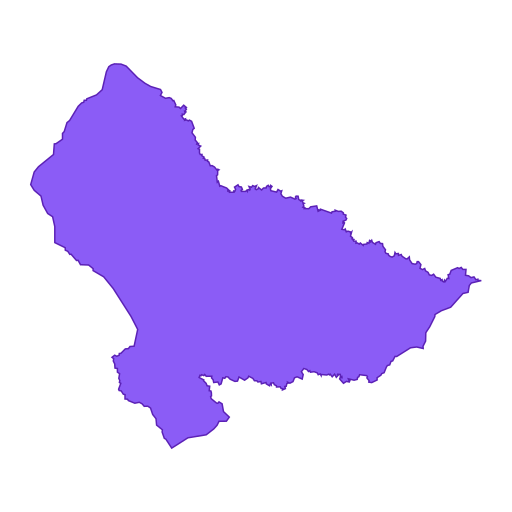 Chai Wan, Udon Thani, Thailand
{"feature_id": "78962969B11605835659379", "entity_name": "Chai Wan", "entity_type": "district", "adm_level": 2, "iso_a3": "THA", "parent_name": "Thailand", "parent_adm1": "Udon Thani", "projection": "orthographic", "projection_center": [103.294, 17.228], "detail": "fine", "context": "isolated", "style": "filled", "palette": "violet", "viewbox_px": 512, "rotation_deg": 0, "n_neighbors": 0, "source": "geoboundaries", "source_scale": "gbopen_adm2", "svg_char_len": 6066}
<svg xmlns="http://www.w3.org/2000/svg" viewBox="0 0 512 512"><path d="M186.3,107.4L183.7,105.2L180.5,108.5L179.0,107.1L175.2,106.8L175.8,104.9L173.8,100.5L173.0,100.8L171.2,98.4L169.2,97.6L165.5,98.3L160.4,95.5L162.0,92.4L160.5,89.5L150.7,86.5L145.0,83.3L137.5,77.7L126.2,66.1L121.0,64.1L114.4,63.9L111.2,65.0L108.8,66.7L106.4,71.7L102.2,89.7L96.5,94.9L86.8,98.8L86.4,100.3L84.2,100.3L83.7,102.3L81.7,102.9L78.2,106.3L69.6,120.5L67.0,122.6L64.2,131.6L62.5,133.4L62.5,139.2L56.0,143.7L54.3,143.9L53.5,154.5L38.5,166.7L34.2,172.0L30.7,184.6L34.2,190.3L41.0,196.1L43.1,205.2L47.7,213.5L52.6,216.7L54.8,226.6L54.8,242.6L65.2,247.7L65.3,250.2L67.8,251.3L69.8,254.4L71.1,254.2L76.5,260.5L78.1,260.3L80.5,264.7L88.6,265.0L93.1,268.6L93.1,270.6L103.7,276.8L113.2,288.5L131.0,316.4L137.7,329.4L134.1,346.2L130.0,346.5L128.4,348.6L125.3,348.9L120.8,353.4L119.3,353.5L119.2,355.2L116.8,356.3L114.7,355.2L112.0,357.3L113.7,358.7L113.3,361.0L114.7,363.9L115.0,368.1L117.4,368.5L117.4,372.1L119.6,373.7L118.8,378.4L119.8,380.5L119.4,382.5L120.8,383.3L118.6,389.2L119.1,390.5L121.2,390.9L123.3,394.2L125.0,394.6L125.0,399.0L127.5,399.2L128.4,400.6L134.8,403.2L139.3,402.3L142.1,403.8L144.2,406.3L147.8,406.2L150.5,408.0L152.7,414.5L156.0,418.7L156.6,425.1L162.4,429.8L162.1,432.0L164.3,438.3L165.9,439.2L171.7,448.1L187.9,437.8L206.2,434.8L213.8,428.9L217.1,425.2L219.0,421.3L226.4,421.2L229.3,417.1L223.5,411.6L222.1,403.8L219.0,401.9L217.8,403.3L216.6,403.1L211.2,398.7L210.6,396.6L211.5,395.9L211.4,392.8L210.9,391.0L209.2,390.7L209.7,386.2L207.1,385.8L206.1,383.3L203.5,380.7L203.8,379.9L199.1,377.5L200.0,375.3L200.9,375.8L201.6,374.7L203.8,375.6L204.7,374.5L206.2,376.3L211.8,376.2L211.5,377.9L213.1,379.7L213.7,382.5L217.9,382.0L219.3,384.9L221.1,383.9L222.8,377.8L224.8,378.3L225.9,376.7L227.9,376.9L230.1,379.2L234.9,381.4L237.5,381.1L239.0,377.0L244.6,380.2L247.9,377.9L248.7,376.2L252.9,378.4L254.4,380.7L256.9,380.8L257.9,382.0L260.9,381.5L261.4,383.8L266.0,382.5L266.3,383.9L269.6,385.8L270.5,383.7L271.2,384.6L271.1,383.1L273.5,382.8L274.3,384.7L276.4,385.7L276.5,387.0L280.2,386.8L281.1,388.5L282.7,388.7L282.5,389.9L285.4,388.6L284.8,386.5L286.2,386.3L286.9,383.4L288.3,383.1L287.9,382.3L289.9,383.2L293.0,381.6L294.5,377.8L297.1,376.8L302.2,379.1L303.2,374.6L301.4,371.7L303.8,368.5L306.9,369.5L308.5,371.5L309.8,370.7L310.4,372.2L314.1,371.7L317.3,372.9L318.2,374.7L320.2,373.9L321.1,375.5L321.2,374.5L326.8,375.0L328.6,374.2L329.6,374.9L330.2,374.2L332.2,376.8L334.6,374.2L336.3,377.3L338.4,375.0L337.0,374.2L340.3,374.4L340.3,376.6L341.8,376.3L342.0,377.7L340.2,377.5L339.6,378.9L343.5,383.3L346.4,381.4L349.3,382.0L349.9,380.5L349.0,380.6L348.3,378.8L354.1,380.2L357.2,379.4L357.6,377.4L358.9,376.7L359.6,374.7L366.7,375.6L367.5,376.8L366.9,377.9L369.1,380.7L368.8,382.1L371.7,382.6L377.1,380.0L377.1,377.7L380.9,375.2L381.7,373.6L384.1,372.7L386.4,367.0L387.4,365.5L389.7,364.9L391.0,361.4L392.7,360.9L395.0,356.4L396.7,356.5L410.5,347.8L416.7,347.0L423.2,348.5L423.0,346.3L425.6,341.1L425.8,332.7L429.7,326.8L434.8,316.6L435.0,314.5L441.4,310.7L450.7,307.2L462.9,293.5L468.1,292.3L469.3,285.5L471.3,283.0L481.3,280.6L478.0,280.4L477.9,279.2L475.9,279.7L474.0,276.9L471.0,277.6L468.6,275.8L465.5,275.3L466.0,269.4L462.8,269.4L461.2,267.4L459.1,268.5L457.6,267.7L451.2,270.4L449.7,274.3L448.1,274.7L448.8,278.5L447.3,278.3L445.3,281.4L444.5,280.2L444.0,282.0L442.3,281.2L442.1,279.6L440.7,280.3L440.2,278.4L435.8,277.2L433.6,274.2L431.7,275.4L429.3,274.9L428.1,272.4L425.5,270.8L424.7,268.5L422.5,269.6L420.0,268.3L420.9,264.6L418.5,261.6L417.2,261.6L416.7,263.5L415.3,264.2L412.1,263.6L409.6,259.9L409.3,256.9L407.1,258.9L405.8,258.8L402.0,256.2L401.2,254.5L398.5,255.4L398.4,253.5L395.8,253.8L395.0,252.5L394.3,255.8L392.1,257.1L390.3,256.5L388.6,255.3L388.3,253.9L385.9,253.3L385.0,251.6L385.5,249.8L382.9,246.3L382.5,243.6L380.3,243.4L379.1,241.6L376.0,242.7L375.5,244.3L372.4,242.4L371.7,240.3L370.0,242.6L370.4,240.8L369.6,240.4L368.9,243.3L367.2,242.6L366.9,244.0L363.5,244.4L363.2,245.4L360.3,243.0L359.3,244.1L357.2,242.9L356.0,243.2L356.1,241.2L353.7,241.1L353.1,240.0L353.8,239.4L352.0,238.8L352.4,237.6L350.5,236.2L351.6,232.0L350.6,233.0L350.4,231.9L348.2,231.2L346.6,231.4L346.5,232.4L345.2,229.0L344.4,229.8L341.8,229.3L344.5,222.9L343.8,222.1L343.0,222.7L343.1,221.2L345.9,220.1L346.7,218.5L345.5,217.2L346.0,215.1L343.3,214.1L343.3,212.8L341.2,211.2L338.3,211.4L335.2,210.2L335.4,211.2L332.0,211.8L331.5,213.1L320.5,209.2L320.4,210.2L318.6,209.8L319.2,210.7L318.1,211.3L316.7,205.9L310.7,206.8L308.8,208.7L304.4,208.6L304.9,207.9L302.9,207.2L303.9,206.2L303.2,203.9L304.2,203.3L302.9,202.8L302.3,200.7L303.0,200.3L301.1,200.0L300.8,201.0L298.7,199.4L298.1,196.2L296.1,196.1L295.4,197.1L296.1,198.6L294.9,199.1L290.5,197.1L285.7,198.2L282.3,196.2L280.9,193.7L281.7,190.8L280.7,191.2L278.0,189.5L276.6,192.1L270.8,190.7L270.4,188.7L272.0,186.4L270.6,185.4L270.4,186.7L269.1,186.7L268.2,185.3L266.5,186.4L266.2,187.9L263.5,188.0L261.6,190.0L258.5,187.5L258.4,188.6L256.3,189.7L255.2,188.9L256.5,185.6L254.6,186.5L252.7,185.6L251.5,187.2L249.0,186.5L250.2,189.1L249.7,190.1L248.6,189.5L247.6,189.9L247.4,191.3L246.7,190.3L245.6,191.4L241.4,191.4L241.1,190.4L242.4,189.4L241.4,187.0L239.0,186.6L238.0,184.8L234.5,187.1L235.6,189.3L234.8,191.2L233.8,191.0L234.0,192.2L229.5,192.3L229.8,191.0L227.9,191.2L227.8,190.0L228.7,190.0L226.6,188.0L220.8,185.7L219.8,186.2L218.4,181.2L217.3,182.2L216.5,175.7L217.6,174.8L217.7,170.5L218.9,169.8L217.8,169.2L217.0,170.1L214.5,167.0L212.1,165.6L210.3,165.8L208.8,161.9L207.5,161.3L207.6,160.0L205.2,160.2L204.7,158.5L203.4,158.3L204.0,157.1L201.8,155.7L202.0,154.5L200.3,154.5L199.5,153.0L199.5,149.3L198.1,148.7L200.7,146.1L198.3,145.1L198.6,143.5L196.8,144.0L197.3,142.5L195.2,140.0L195.4,137.3L192.0,132.8L192.8,129.5L194.2,128.3L191.6,121.3L189.4,120.1L188.3,120.9L186.5,119.9L184.8,120.3L185.3,118.9L184.0,119.3L181.4,115.9L182.4,115.5L182.3,114.2L183.9,114.5L185.2,112.8L184.7,111.4L185.8,111.6L185.3,110.6L186.4,109.2L185.3,108.0L186.3,107.4Z" fill="#8b5cf6" stroke="#5b21b6" stroke-width="1.5"/></svg>